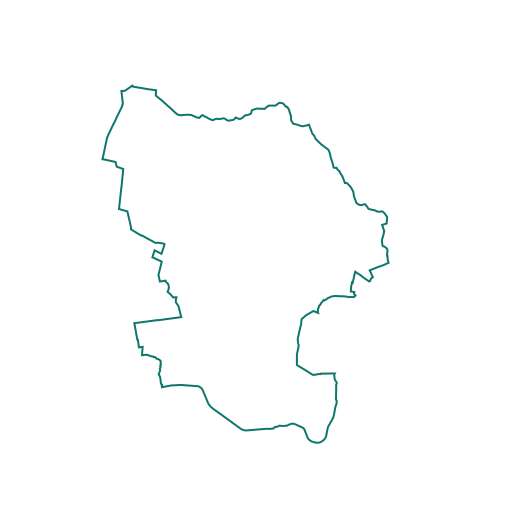 Salonta, Bihor, Romania, rotated 75°
{"feature_id": "2599482B98567078835058", "entity_name": "Salonta", "entity_type": "district", "adm_level": 2, "iso_a3": "ROU", "parent_name": "Romania", "parent_adm1": "Bihor", "projection": "natural_earth1", "projection_center": [21.618, 46.803], "detail": "fine", "context": "isolated", "style": "outline", "palette": "teal", "viewbox_px": 512, "rotation_deg": 75, "n_neighbors": 0, "source": "geoboundaries", "source_scale": "gbopen_adm2", "svg_char_len": 6112}
<svg xmlns="http://www.w3.org/2000/svg" viewBox="0 0 512 512"><g transform="rotate(75 256 256)"><path d="M358.4,380.8L359.1,371.4L361.1,362.0L366.6,346.2L366.8,345.6L367.7,344.5L368.7,343.6L369.7,342.9L370.8,342.5L371.8,342.2L385.9,340.3L387.0,340.0L389.4,339.0L390.6,338.3L392.3,337.1L399.7,331.0L418.8,315.6L419.9,314.5L420.6,313.6L421.3,312.4L421.9,311.0L422.3,308.9L423.6,301.6L425.7,290.2L426.3,288.6L426.6,287.2L427.0,284.8L427.0,284.3L427.0,283.7L426.8,283.1L426.0,281.8L426.0,281.4L426.4,280.1L426.4,279.5L426.4,279.1L426.0,277.8L425.9,277.5L426.1,276.9L426.6,275.6L427.1,274.3L427.7,271.2L427.8,270.4L427.8,269.6L427.3,266.8L427.2,265.2L427.3,264.4L427.6,263.6L428.4,262.0L434.1,255.1L435.3,254.4L436.3,254.1L444.2,253.2L445.8,252.9L446.9,252.4L447.9,251.8L449.2,250.6L450.0,249.6L450.7,248.5L451.6,246.8L452.2,245.5L452.5,243.8L452.6,242.6L452.5,241.7L451.5,238.6L451.1,237.9L449.7,236.1L448.7,235.3L447.8,234.7L442.6,232.2L439.7,230.6L438.5,229.5L437.4,228.2L436.4,227.5L434.3,225.3L431.5,222.8L429.8,221.9L422.8,218.6L421.7,218.0L420.8,217.3L419.1,216.3L417.2,215.6L415.3,215.8L414.6,215.7L406.4,213.3L401.8,212.1L400.7,211.6L399.8,210.9L399.2,210.8L398.3,211.0L396.5,211.7L395.4,211.8L394.8,211.8L391.0,211.2L390.2,210.6L389.9,210.3L389.1,213.1L387.9,218.1L386.4,223.6L386.8,224.0L386.4,225.5L386.0,227.4L386.2,228.1L385.9,230.1L385.5,231.9L379.1,237.8L375.3,241.5L371.9,244.7L361.5,241.9L357.2,239.7L353.7,238.0L353.1,237.8L352.2,237.9L351.7,238.0L348.1,237.4L346.8,237.1L344.4,235.9L343.9,235.6L338.8,233.0L337.0,232.0L335.8,231.4L335.4,231.1L334.3,230.4L333.6,230.1L330.0,228.8L329.0,228.3L328.8,228.2L328.6,227.9L327.7,225.9L326.2,223.1L324.0,214.8L327.1,210.7L325.5,210.6L323.5,210.0L322.6,209.3L322.1,209.1L321.6,208.5L320.5,208.0L320.2,207.7L320.0,206.9L319.8,206.6L318.2,205.2L317.3,203.7L316.0,202.0L316.4,201.6L316.7,201.3L315.2,197.1L314.8,194.1L314.7,193.6L314.7,192.8L315.1,189.9L316.8,184.7L317.6,181.8L318.8,178.7L319.7,177.4L319.9,176.0L321.0,172.1L319.9,170.1L318.1,171.1L316.2,170.4L314.8,173.6L310.1,172.0L306.3,170.0L306.8,169.5L296.9,164.3L301.6,160.0L302.3,159.4L303.7,158.6L304.5,157.9L307.1,155.7L308.2,154.7L309.4,153.7L309.8,153.5L309.7,152.3L307.6,150.8L307.3,150.3L306.7,148.6L299.3,149.9L298.4,142.2L298.0,138.3L297.9,136.6L297.8,135.2L297.5,133.4L297.3,132.4L297.0,130.1L297.0,129.8L294.0,129.7L290.4,129.2L290.2,129.0L289.9,129.3L289.6,129.3L287.7,128.8L285.9,127.9L284.3,127.5L283.0,127.6L282.5,127.8L281.0,128.8L279.9,129.9L279.3,131.0L278.6,131.0L277.7,131.0L273.6,130.4L273.1,130.2L267.3,126.7L266.0,126.3L265.2,125.7L258.6,126.1L258.5,123.4L258.4,121.4L257.3,121.1L255.4,120.2L254.3,119.9L252.4,119.3L252.1,119.3L251.3,119.5L250.5,119.9L248.7,120.5L247.5,121.1L246.3,121.9L245.7,122.4L245.5,122.9L245.2,125.2L244.7,126.7L244.0,128.1L243.6,128.2L242.6,129.5L240.6,133.5L239.9,134.7L239.4,135.2L238.6,135.5L237.1,135.8L236.7,136.1L234.1,137.3L234.1,141.2L233.8,142.1L232.7,143.8L230.3,145.4L229.0,145.4L226.6,145.7L222.9,145.9L220.4,145.5L218.9,145.4L213.8,146.7L208.9,149.4L208.5,151.3L205.9,151.4L201.4,152.0L198.7,152.8L197.1,153.4L196.0,153.3L193.6,154.9L192.0,155.2L191.6,155.4L191.5,156.3L191.2,157.3L190.8,157.9L190.4,158.1L186.8,158.0L180.0,158.3L175.3,158.1L172.1,158.6L165.2,164.0L158.4,168.1L154.9,168.6L152.6,169.9L148.1,170.3L144.6,170.7L142.9,170.8L143.0,172.9L142.8,177.3L142.0,179.0L140.0,181.9L137.7,186.0L136.8,186.1L135.7,186.4L133.9,187.0L131.0,186.2L130.3,186.1L128.7,186.0L127.3,186.3L126.4,186.2L124.7,186.3L123.8,186.2L120.1,187.2L119.9,187.5L119.8,188.0L119.4,188.6L118.2,189.1L115.7,190.3L114.2,193.1L114.3,194.7L115.8,198.2L114.0,205.0L115.3,208.0L116.1,209.6L115.4,211.9L114.8,214.0L113.8,216.9L114.1,222.1L117.3,224.2L117.6,227.1L117.6,229.3L117.2,229.8L117.7,230.9L118.4,232.3L119.1,233.4L119.5,235.8L119.1,237.0L118.2,238.3L117.0,239.8L117.8,240.9L118.5,242.1L118.6,243.3L118.2,247.4L118.0,247.9L117.7,248.3L117.1,249.1L115.5,250.3L114.8,251.3L114.5,252.2L114.4,254.1L114.4,254.8L114.3,255.2L114.1,256.6L113.7,257.4L113.5,257.9L113.2,258.6L113.3,260.0L113.5,261.8L113.6,262.7L113.4,263.0L112.6,264.2L111.7,265.2L110.7,266.5L109.1,267.9L108.7,268.6L107.9,269.5L107.2,270.1L106.0,271.4L106.2,272.0L106.7,273.0L107.7,274.6L107.9,275.0L107.8,275.4L107.5,276.2L106.9,277.0L106.7,277.7L105.6,278.8L103.0,282.1L102.2,284.4L101.7,286.0L100.9,290.0L100.8,291.4L100.4,292.6L99.3,294.9L97.2,296.6L93.1,299.1L90.7,300.6L88.8,301.9L82.6,305.9L80.8,307.1L75.1,311.3L70.1,309.6L68.7,312.9L67.7,315.3L66.5,318.1L64.0,323.4L60.7,330.8L59.4,331.2L61.4,336.8L62.0,338.5L62.4,339.9L62.4,340.4L61.8,343.3L74.6,345.2L76.0,346.4L76.5,346.4L82.5,351.6L82.9,352.0L87.0,355.5L89.3,357.3L92.5,360.3L99.5,366.2L102.9,369.1L122.8,379.2L123.5,377.6L128.8,367.4L133.7,367.4L137.6,361.7L155.4,368.4L155.6,368.6L167.0,373.0L175.2,376.2L179.6,368.7L196.1,369.3L196.9,369.5L197.8,369.8L198.1,369.7L204.6,363.5L206.5,361.6L206.7,361.3L206.6,360.9L210.9,356.5L215.5,351.6L216.1,351.1L217.1,350.0L217.3,349.6L218.0,346.6L218.4,345.8L218.9,344.7L220.3,341.6L221.1,341.3L229.4,346.7L224.3,352.5L230.5,356.4L237.0,348.5L242.0,351.2L247.2,354.1L248.1,354.7L249.1,355.1L255.8,355.4L256.4,349.7L257.4,349.7L258.5,349.2L258.9,348.9L260.1,348.2L261.8,348.0L262.9,348.1L264.3,348.5L265.4,349.0L266.2,349.5L267.7,350.7L271.0,348.4L272.6,347.8L274.0,346.9L274.7,346.7L274.7,346.0L275.2,343.7L275.4,343.4L276.2,344.1L276.7,344.4L278.3,345.0L280.0,345.4L284.1,343.9L295.7,344.0L292.7,367.3L292.4,367.7L292.1,370.4L289.4,390.9L306.1,392.3L306.2,391.8L314.0,392.7L314.4,389.0L322.3,391.8L322.8,388.4L323.2,386.8L324.7,384.7L325.5,383.7L326.4,381.5L327.3,381.0L327.3,380.8L327.4,379.8L327.6,379.5L329.0,378.8L330.0,378.1L330.2,377.3L330.4,376.9L332.2,375.5L332.5,375.3L332.9,375.3L334.9,375.9L336.3,375.9L336.5,376.1L336.8,376.7L337.0,376.8L337.6,377.0L338.5,376.9L338.8,377.1L339.7,378.0L340.6,377.9L341.8,378.3L343.4,379.4L344.2,379.9L344.8,380.5L345.0,380.6L345.7,380.5L348.0,379.9L349.0,380.1L350.6,380.2L354.8,380.9L355.5,380.3L355.9,380.2L356.1,380.0L356.4,380.0L356.6,380.1L356.8,380.4L357.0,380.6L357.5,380.7L358.4,380.8Z" fill="none" stroke="#0f766e" stroke-width="2"/></g></svg>